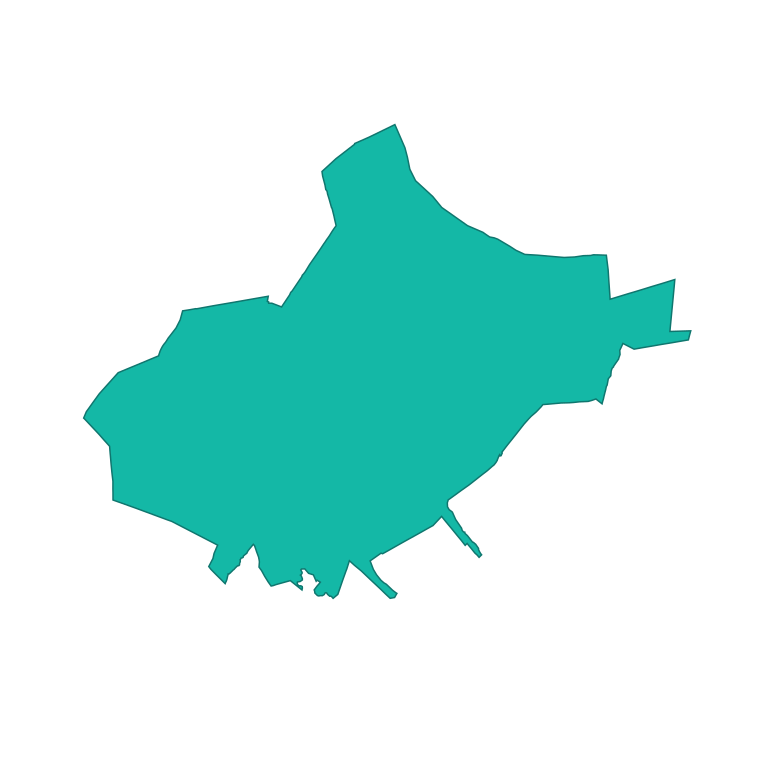 outline of Juchitepec, México, Mexico, rotated 112°
{"feature_id": "50627088B99333817375026", "entity_name": "Juchitepec", "entity_type": "district", "adm_level": 2, "iso_a3": "MEX", "parent_name": "Mexico", "parent_adm1": "México", "projection": "mercator", "projection_center": [-98.89, 19.099], "detail": "fine", "context": "isolated", "style": "filled", "palette": "teal", "viewbox_px": 768, "rotation_deg": 112, "n_neighbors": 0, "source": "geoboundaries", "source_scale": "gbopen_adm2", "svg_char_len": 5091}
<svg xmlns="http://www.w3.org/2000/svg" viewBox="0 0 768 768"><g transform="rotate(112 384 384)"><path d="M572.6,293.5L573.4,293.7L572.0,298.8L568.8,306.8L568.4,309.5L567.1,313.3L563.7,319.4L559.9,324.4L553.2,330.6L547.6,327.0L542.0,323.4L541.9,321.7L536.7,317.5L531.4,313.3L523.5,307.0L518.3,302.8L513.0,298.5L507.8,294.3L502.5,290.1L497.3,285.9L497.0,285.6L488.8,282.4L485.2,281.0L488.7,274.7L492.4,267.8L496.8,259.8L500.2,253.5L503.2,248.3L500.7,247.2L501.9,245.1L504.1,241.0L506.7,236.4L507.7,233.6L509.1,230.9L505.8,229.5L505.0,230.9L503.7,232.6L502.5,233.9L502.3,234.2L501.0,234.8L498.1,239.2L498.0,240.1L497.7,240.6L497.3,242.0L497.5,242.6L493.3,249.9L492.2,252.9L491.1,253.6L491.4,254.8L490.5,256.6L488.6,258.1L482.8,266.8L477.2,272.6L477.0,273.1L476.4,275.3L476.2,276.4L474.1,279.1L470.4,280.8L469.1,280.9L468.9,280.9L468.7,280.9L468.2,281.0L467.5,281.1L465.9,280.1L465.5,279.8L465.0,279.5L457.3,274.7L456.2,274.0L454.4,272.9L448.0,268.8L446.0,267.5L443.6,266.1L436.1,261.8L435.2,261.3L431.2,259.0L425.6,255.7L420.0,252.9L419.2,252.5L418.7,252.1L417.4,251.5L416.2,251.2L415.2,250.9L414.3,250.7L413.4,250.6L412.6,250.4L411.7,250.5L410.2,250.5L408.6,250.5L407.5,250.5L406.3,250.3L407.2,249.4L406.6,248.6L403.8,248.5L403.0,249.1L394.7,246.8L388.1,244.8L384.7,243.8L381.4,242.8L374.8,240.9L368.9,239.2L362.2,236.8L358.9,235.5L352.9,232.4L352.1,232.1L351.2,231.7L346.1,229.7L343.6,229.0L340.4,222.7L335.6,213.3L335.5,213.2L332.0,205.2L330.1,201.3L327.3,196.1L323.7,188.2L321.4,185.2L318.5,181.9L318.8,180.9L320.5,175.1L320.7,174.4L317.7,174.8L316.0,174.9L311.9,175.6L311.6,175.6L309.6,175.9L306.4,176.3L303.1,176.9L301.4,176.7L295.1,178.0L291.4,176.8L286.9,178.2L284.0,178.4L282.1,177.6L281.6,177.8L272.9,175.8L272.3,176.0L268.2,176.2L264.5,178.0L258.2,177.7L256.9,177.7L258.0,165.2L253.4,157.8L247.7,148.5L243.2,141.3L238.0,132.7L233.9,126.1L229.1,118.3L224.1,119.0L219.8,119.5L228.2,138.6L184.1,151.7L178.2,153.5L185.3,162.2L187.4,164.8L193.8,172.8L199.2,179.4L204.6,186.1L208.4,190.9L220.7,206.1L204.5,214.0L194.1,219.0L181.3,226.1L183.9,233.3L185.8,238.3L187.4,240.5L190.3,247.1L194.9,255.0L199.2,264.4L201.4,271.5L204.3,281.0L207.0,289.8L211.1,302.0L210.6,311.7L209.2,318.9L207.1,332.8L207.2,336.6L208.1,341.1L207.2,345.3L206.3,349.1L205.9,365.9L198.7,396.6L191.9,409.0L183.7,430.9L175.2,440.5L164.9,447.3L157.1,453.1L139.4,471.1L160.7,490.3L172.0,501.3L172.8,501.1L193.0,512.9L210.2,521.1L214.2,518.8L218.6,515.5L221.7,513.2L225.4,510.9L226.7,508.9L229.0,507.5L232.9,504.3L240.3,498.6L240.4,498.1L247.6,492.9L248.1,492.6L248.8,492.1L249.6,491.6L255.0,487.8L255.7,487.8L256.3,487.9L257.0,488.2L257.9,488.4L258.5,488.5L259.2,488.7L259.7,488.8L261.1,489.1L263.8,489.6L266.8,490.1L269.4,490.7L270.3,490.9L271.3,491.2L273.4,491.6L275.3,492.0L276.4,492.3L282.3,493.5L288.7,494.9L300.9,497.7L309.5,499.1L310.5,499.4L312.0,499.8L313.7,500.5L314.0,500.5L315.7,500.5L317.4,500.9L332.1,504.0L334.0,504.8L336.8,504.9L344.0,506.4L348.7,507.4L350.7,507.8L350.9,507.8L351.1,518.2L352.3,521.2L351.6,521.5L351.1,521.7L351.2,523.1L346.0,524.2L364.0,553.1L375.3,571.4L384.4,585.8L384.7,586.8L387.9,591.9L391.6,598.1L400.9,597.0L410.0,597.8L420.3,600.7L421.9,601.2L426.9,602.1L429.8,603.0L432.1,603.5L434.9,603.8L437.5,603.9L442.4,603.6L473.1,634.7L499.6,644.3L506.8,646.1L510.4,647.0L517.5,648.7L521.1,649.6L528.1,649.7L529.0,647.6L533.3,638.3L537.6,629.0L541.1,622.1L544.5,615.1L550.9,611.9L554.0,610.3L560.4,607.1L566.7,603.8L569.7,602.2L575.7,598.9L582.7,596.1L586.2,594.6L593.1,591.8L592.1,567.7L591.1,533.8L590.9,529.4L592.1,516.5L593.3,503.7L594.5,490.8L595.7,477.9L604.7,478.1L610.1,477.2L610.5,477.3L618.9,478.1L620.7,475.0L623.2,469.3L625.6,463.6L628.6,456.5L626.9,456.5L626.1,456.4L625.2,456.4L623.8,456.5L622.6,456.7L621.5,456.9L619.1,457.2L618.7,457.2L618.4,457.3L618.3,456.6L617.6,456.3L616.7,455.7L615.6,455.3L614.3,454.7L613.2,454.3L612.1,453.6L610.6,453.1L609.4,452.6L608.3,452.1L607.2,451.5L606.9,450.6L605.8,450.2L604.4,450.7L602.9,450.7L602.0,450.9L600.9,451.6L599.9,451.3L599.0,451.3L598.1,450.1L597.5,449.7L596.8,449.8L596.1,449.9L594.7,449.2L592.3,447.8L591.0,447.8L589.1,447.5L581.6,445.1L582.4,443.5L585.2,441.0L586.9,439.6L591.4,435.5L594.0,433.8L595.6,432.9L600.6,431.3L602.9,427.6L607.0,422.6L611.0,417.1L613.6,413.0L612.5,411.3L610.3,408.8L601.4,397.2L605.7,382.9L603.8,383.2L602.5,383.9L602.3,384.6L602.3,385.6L602.7,386.5L602.9,387.2L602.7,388.0L602.4,388.7L601.9,389.3L601.4,389.8L600.7,390.0L600.0,390.1L598.5,387.7L596.3,386.3L595.0,386.8L592.9,388.8L592.5,389.9L591.7,389.4L590.7,389.1L589.8,389.1L589.0,389.7L587.6,391.5L586.5,391.2L585.1,388.2L587.8,383.0L587.4,378.0L592.3,373.0L591.0,372.6L591.6,368.8L594.0,369.5L596.2,370.3L601.1,371.6L602.2,370.6L603.7,369.8L605.1,366.5L604.9,364.9L604.3,364.2L603.7,362.7L603.3,361.8L602.6,361.3L601.5,360.5L600.0,360.4L599.3,359.8L599.2,358.9L600.2,357.5L601.1,354.8L600.7,354.1L600.7,353.1L601.8,350.9L596.4,348.0L581.4,348.8L571.5,349.2L569.6,349.2L560.8,349.9L563.2,343.4L565.8,335.1L570.9,322.2L575.5,310.3L578.0,304.2L580.4,298.0L578.0,294.2L572.6,293.5Z" fill="#14b8a6" stroke="#0f766e" stroke-width="1.5"/></g></svg>